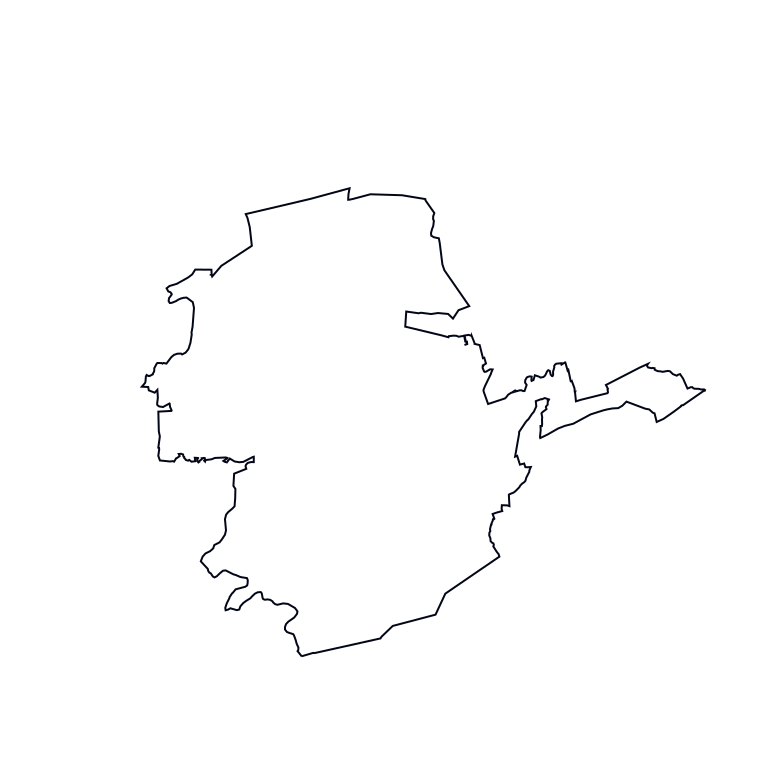 Jojutla, Morelos, Mexico (Robinson projection), rotated 55°
{"feature_id": "50627088B48455449727603", "entity_name": "Jojutla", "entity_type": "district", "adm_level": 2, "iso_a3": "MEX", "parent_name": "Mexico", "parent_adm1": "Morelos", "projection": "robinson", "projection_center": [-99.217, 18.6], "detail": "fine", "context": "isolated", "style": "outline", "palette": "ink", "viewbox_px": 768, "rotation_deg": 55, "n_neighbors": 0, "source": "geoboundaries", "source_scale": "gbopen_adm2", "svg_char_len": 6165}
<svg xmlns="http://www.w3.org/2000/svg" viewBox="0 0 768 768"><g transform="rotate(55 384 384)"><path d="M571.5,182.4L572.9,175.1L572.9,162.0L572.6,153.3L572.2,153.0L572.4,151.8L572.9,151.2L573.0,125.7L573.5,125.2L573.1,124.5L572.0,124.9L570.2,127.6L568.7,128.7L566.0,132.3L565.0,133.0L563.4,133.3L562.6,134.5L561.8,138.0L551.1,135.9L545.7,135.8L545.1,137.9L545.1,139.4L541.6,141.7L537.8,142.4L537.0,143.0L536.0,144.1L533.9,148.7L532.0,150.5L530.5,152.4L527.6,154.1L526.3,153.3L525.1,154.5L524.4,155.9L521.9,158.2L519.6,158.1L518.9,156.2L517.2,165.3L512.1,202.8L516.4,203.3L516.5,203.9L519.3,205.3L519.7,206.2L509.9,231.7L508.3,236.7L500.4,232.3L499.9,231.6L499.6,232.1L496.7,230.4L489.6,228.5L489.7,228.8L488.9,229.5L478.2,224.9L478.4,225.9L470.3,223.1L470.1,223.4L469.9,227.5L469.2,227.3L468.7,226.8L466.2,231.2L466.2,232.8L466.9,234.3L468.1,235.0L470.9,238.5L473.5,240.2L474.2,241.4L473.7,241.9L471.9,242.1L468.5,240.7L466.9,241.5L467.2,243.2L468.9,246.0L469.6,247.7L469.7,249.5L468.5,252.1L466.9,252.8L463.4,255.4L466.5,259.3L466.1,261.3L465.4,261.1L462.7,258.8L461.4,260.1L460.6,262.3L460.6,263.4L461.8,266.0L463.7,267.6L466.6,267.7L470.3,272.8L469.8,273.9L467.8,275.2L466.9,276.8L465.8,280.0L465.5,279.7L464.5,280.2L464.4,282.8L464.9,282.7L464.1,285.1L464.0,288.5L465.0,291.6L465.2,293.2L460.1,310.2L447.4,306.7L446.0,306.0L443.7,302.6L436.9,290.4L436.5,290.1L434.4,286.7L432.8,288.7L432.5,293.2L431.8,294.6L431.2,294.8L427.4,294.0L425.7,292.6L426.1,292.3L425.6,291.7L425.7,288.7L420.0,286.8L419.6,288.1L407.0,283.3L403.1,286.8L402.6,286.4L394.6,284.5L394.8,284.7L392.4,286.4L390.5,290.2L395.8,292.5L396.8,291.7L399.0,292.9L398.2,295.7L398.9,293.4L396.9,292.2L395.9,293.1L390.5,290.7L388.1,295.7L386.0,297.1L384.2,299.4L382.0,303.5L382.7,304.4L377.0,309.1L349.2,333.7L337.4,324.2L345.9,315.1L346.8,312.9L353.7,305.3L356.8,299.1L363.4,291.3L370.0,290.0L366.3,280.7L369.1,269.5L325.5,269.3L319.6,267.6L300.5,257.5L296.1,255.5L292.5,258.9L289.6,260.2L287.3,258.9L284.6,255.7L282.9,253.1L278.9,249.5L277.3,249.3L274.8,247.5L272.8,244.7L257.5,244.7L256.2,244.1L239.7,261.0L220.8,286.3L214.6,303.3L213.1,306.8L212.5,307.7L208.0,304.1L203.9,299.9L190.2,338.0L165.5,399.8L169.7,400.6L178.5,404.0L195.0,413.0L193.9,449.5L197.4,463.1L196.0,462.7L195.3,463.1L195.2,462.2L191.4,459.8L182.0,473.0L184.2,478.2L184.4,483.3L183.1,496.3L180.7,503.5L180.9,507.2L184.4,507.6L186.4,506.3L188.6,506.3L189.0,506.7L190.4,510.9L192.6,512.9L194.8,513.0L195.8,511.2L196.8,506.9L196.9,504.1L197.4,501.6L198.4,498.8L200.0,496.1L207.3,493.7L212.7,496.0L227.1,507.8L231.5,512.2L233.3,513.2L239.3,519.0L242.9,523.7L243.5,525.0L244.5,528.5L244.0,532.4L242.7,532.8L240.7,535.8L239.7,539.3L240.0,542.8L242.5,550.5L240.3,552.6L240.2,553.8L239.3,554.2L237.0,557.3L236.8,558.2L239.3,563.1L241.2,564.5L242.1,565.5L243.1,567.7L243.5,567.9L243.0,571.5L242.5,571.8L242.3,572.5L240.5,573.2L241.1,574.6L245.2,578.0L246.1,579.1L247.3,583.9L251.2,578.9L254.3,580.3L259.6,576.8L258.8,573.0L265.5,577.1L270.3,581.4L271.6,581.7L273.5,581.0L276.1,578.2L277.0,570.1L277.2,570.9L280.1,572.4L283.8,573.1L284.1,573.6L277.2,584.7L293.6,595.6L298.4,597.7L306.7,605.4L307.3,604.9L308.8,605.8L313.4,610.1L318.1,611.4L324.7,603.8L326.1,601.2L327.2,600.5L325.6,596.7L325.9,595.9L325.8,592.7L323.6,592.3L324.9,590.1L326.5,589.0L328.4,589.9L329.3,589.5L330.1,590.1L332.1,589.7L332.5,589.9L334.4,588.5L334.4,587.1L337.2,586.3L339.0,582.9L335.9,581.3L337.6,579.2L337.7,579.5L338.3,579.3L338.6,580.3L340.0,581.1L341.8,581.0L341.8,579.9L341.2,579.6L341.1,576.5L340.9,575.9L340.3,575.8L341.4,573.7L342.1,573.3L343.4,574.6L343.6,575.3L344.8,575.1L344.2,574.5L344.4,572.9L346.7,568.6L347.6,564.9L353.4,555.8L354.7,554.7L355.0,555.2L354.9,559.7L356.2,559.2L358.1,557.7L356.6,553.1L361.8,550.8L365.1,547.4L367.1,543.9L368.5,533.6L368.9,532.4L373.3,535.5L371.7,537.6L370.5,540.8L370.9,543.1L371.8,544.5L374.5,545.5L371.5,558.2L381.1,565.8L384.7,565.9L392.2,571.4L398.5,576.6L399.1,579.8L399.6,585.3L400.5,588.3L403.5,591.8L413.3,597.4L416.2,600.7L418.2,605.6L419.4,609.5L418.6,615.4L420.7,618.2L421.2,622.3L420.4,627.5L421.4,631.6L424.2,635.8L434.4,634.4L436.7,635.3L438.5,635.2L439.7,634.5L443.4,634.6L445.2,633.8L445.6,631.3L444.9,627.0L444.6,623.0L445.9,620.6L453.6,616.5L455.4,615.0L459.8,612.3L464.4,607.6L466.5,608.1L468.9,609.9L470.5,611.6L470.5,614.0L467.1,623.3L468.3,627.5L468.4,628.7L470.0,632.7L470.6,633.3L473.5,638.6L476.3,642.4L478.5,643.5L479.4,641.0L479.6,638.5L484.9,634.2L485.7,631.9L483.7,629.1L482.7,624.9L482.6,621.2L482.9,616.3L482.3,614.0L481.7,610.0L482.2,606.9L483.4,604.8L484.3,604.1L485.8,604.4L489.5,606.1L491.0,606.3L492.5,605.2L493.6,603.0L495.6,601.0L498.0,600.0L499.4,600.1L501.8,599.5L503.7,598.0L505.9,592.4L509.1,588.8L516.4,585.4L520.6,585.3L522.4,587.1L523.8,591.5L523.8,598.8L524.5,602.0L526.3,604.5L528.3,605.9L531.3,605.8L533.4,604.5L536.7,601.9L538.3,601.9L543.4,603.3L546.6,604.5L550.9,605.3L552.8,606.9L553.2,608.0L560.0,607.6L559.8,607.6L563.7,596.1L564.4,595.5L565.1,594.0L590.4,532.8L589.6,531.0L587.2,515.6L602.5,474.1L590.9,454.0L591.6,388.5L589.1,387.7L586.1,387.9L579.7,387.6L578.8,386.3L577.3,385.8L575.8,386.6L573.8,386.8L571.3,385.3L568.5,384.7L566.2,382.9L565.5,381.3L563.8,380.5L561.4,377.9L560.9,376.7L560.5,376.8L558.3,373.3L557.3,372.4L557.8,371.7L557.7,370.9L552.8,369.6L553.8,365.9L555.9,360.0L553.8,359.3L550.9,357.0L554.0,352.8L556.0,351.3L546.4,345.3L546.2,344.8L547.3,339.9L547.1,337.3L546.2,332.4L545.4,330.8L544.8,327.8L544.9,326.1L544.5,323.8L542.3,321.1L539.3,315.4L538.1,314.4L536.2,311.3L534.8,313.8L533.2,315.9L529.5,314.8L528.0,318.9L519.2,316.1L518.7,318.3L502.1,301.7L500.8,300.9L496.5,289.9L495.7,286.9L495.9,286.4L493.4,280.0L492.7,277.2L489.7,272.1L485.1,269.5L486.6,263.8L487.1,263.5L487.7,260.4L491.3,257.7L492.0,259.1L491.6,259.4L494.8,261.8L495.3,264.0L495.8,264.7L497.8,265.3L497.9,270.1L498.3,271.8L502.2,273.6L503.2,274.6L507.6,277.5L509.0,278.8L508.2,279.9L511.6,282.1L517.1,286.8L517.9,287.0L519.2,279.1L520.3,267.0L522.0,259.9L525.1,251.8L527.4,232.2L531.4,219.4L532.8,215.8L535.1,210.8L538.1,206.0L538.5,201.2L537.5,195.5L554.0,184.2L557.0,181.3L561.6,180.3L563.2,179.2L571.5,182.4Z" fill="none" stroke="#020617" stroke-width="2"/></g></svg>